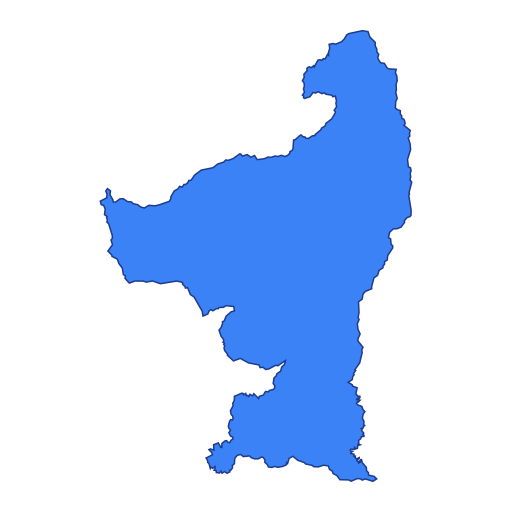 Pua, Nan, Thailand
{"feature_id": "78962969B90193228805954", "entity_name": "Pua", "entity_type": "district", "adm_level": 2, "iso_a3": "THA", "parent_name": "Thailand", "parent_adm1": "Nan", "projection": "natural_earth1", "projection_center": [100.983, 19.171], "detail": "fine", "context": "isolated", "style": "filled", "palette": "blue", "viewbox_px": 512, "rotation_deg": 0, "n_neighbors": 0, "source": "geoboundaries", "source_scale": "gbopen_adm2", "svg_char_len": 6065}
<svg xmlns="http://www.w3.org/2000/svg" viewBox="0 0 512 512"><path d="M396.2,69.3L388.8,68.9L387.1,67.9L384.3,63.3L381.2,62.9L379.5,61.5L377.7,57.8L378.7,54.4L376.9,51.9L376.8,49.1L375.2,45.8L375.2,42.3L369.9,37.1L368.0,31.6L362.3,30.7L348.8,33.6L346.7,34.9L344.2,39.1L341.5,41.8L335.4,44.2L333.1,43.5L329.1,44.3L329.7,48.3L328.4,52.7L328.6,55.3L327.5,54.4L325.2,58.9L323.4,58.6L321.7,60.4L320.2,59.7L317.9,60.2L314.2,67.0L313.7,65.7L311.2,67.7L309.4,66.8L307.5,67.6L306.8,68.8L307.2,70.5L303.9,74.3L304.2,77.4L302.4,80.7L304.1,83.1L304.3,86.0L303.5,89.1L304.5,92.2L302.4,95.1L303.7,96.1L303.6,97.8L304.5,98.5L310.0,96.7L313.0,92.5L315.8,93.0L318.0,91.7L322.1,93.7L324.1,92.7L325.9,94.2L331.9,95.2L332.7,96.7L335.4,96.1L336.4,100.7L335.9,103.5L336.6,106.7L334.2,110.4L335.4,111.8L335.3,112.8L331.7,118.9L325.9,123.4L325.1,126.0L321.5,128.1L320.9,129.8L315.3,134.4L315.0,135.6L312.3,135.9L308.4,138.4L305.7,138.2L305.1,137.0L302.7,136.7L301.6,135.1L300.4,135.1L295.2,139.7L293.6,140.0L293.0,148.7L291.9,150.7L290.0,151.5L289.8,153.3L287.6,155.4L284.8,156.5L281.3,155.3L278.0,156.5L275.1,156.0L271.2,157.3L268.0,157.1L264.1,158.8L257.1,159.6L254.6,155.5L251.0,157.2L247.2,154.6L242.3,156.1L240.7,154.0L239.6,153.9L233.3,158.5L228.5,160.3L225.7,160.0L223.7,162.1L217.7,164.0L213.0,167.7L201.2,170.1L194.4,175.3L191.1,180.3L188.8,180.5L187.9,182.5L185.6,184.5L183.9,184.5L182.3,187.1L179.6,186.3L177.9,188.9L174.2,191.0L170.9,196.7L170.9,198.5L169.4,201.3L159.1,204.9L155.0,205.8L148.9,205.3L144.3,208.0L140.4,206.9L137.8,204.7L133.2,203.7L131.3,201.9L127.5,201.6L123.3,198.7L119.9,198.9L115.4,202.2L113.3,202.0L112.8,199.6L110.0,194.8L110.5,190.9L107.4,188.6L105.8,191.1L107.1,194.4L106.6,197.9L100.3,201.1L101.2,204.6L103.7,205.5L105.2,209.1L104.5,214.7L107.2,216.5L106.5,217.9L107.4,219.5L106.9,222.1L108.6,223.7L112.2,235.1L112.4,238.3L111.0,240.0L112.5,244.7L107.9,251.1L111.8,255.1L112.0,256.4L117.3,259.1L118.9,263.6L122.3,268.1L123.4,274.7L125.4,275.8L125.0,278.3L129.3,283.1L135.2,281.0L143.4,281.1L146.1,282.1L152.7,281.0L160.4,283.7L176.4,281.1L181.0,281.9L182.6,282.6L182.6,284.2L184.9,286.4L185.4,288.1L187.6,287.7L190.4,294.6L194.0,296.9L202.2,311.2L203.0,316.1L207.8,314.0L209.3,310.7L210.8,309.6L212.9,310.8L216.7,308.5L218.3,308.7L219.2,307.4L223.1,307.4L226.1,305.7L233.7,306.5L234.5,310.8L231.0,311.9L226.2,316.1L224.1,321.0L222.4,321.7L222.6,323.3L221.0,327.7L219.0,330.1L221.1,336.3L223.5,339.4L223.7,341.8L223.0,342.2L224.4,343.3L223.7,344.5L224.8,345.7L224.0,347.8L224.7,350.6L227.4,354.0L227.4,355.3L233.5,360.9L240.3,358.4L248.5,362.9L258.9,364.9L260.1,367.6L263.0,367.3L265.7,369.5L268.9,368.9L275.8,365.2L277.8,365.8L285.4,360.6L284.5,364.5L281.7,367.0L280.6,371.2L277.0,373.6L276.1,376.0L273.9,378.1L273.2,383.7L274.6,385.2L274.7,387.9L273.6,389.4L269.4,390.4L268.5,391.8L265.5,391.5L263.2,395.2L259.3,396.3L258.6,398.5L253.8,393.7L252.6,395.9L249.9,394.3L248.7,396.4L247.6,395.4L246.4,395.7L245.7,393.4L243.6,394.8L243.0,393.4L241.7,393.2L234.4,396.3L234.3,400.4L232.8,403.2L233.0,406.0L230.4,410.7L231.2,414.6L232.7,416.1L233.1,418.6L232.4,420.0L230.7,419.7L229.6,421.1L228.3,426.3L229.0,428.5L230.5,430.0L228.8,432.7L230.7,436.2L232.7,437.1L233.1,438.8L231.0,440.3L229.6,442.7L227.4,441.9L226.7,440.6L225.0,440.9L221.9,443.4L221.8,447.5L220.8,447.3L218.3,442.9L213.6,444.7L213.9,450.1L210.4,448.9L208.9,449.6L211.7,452.6L212.4,454.8L206.1,458.0L207.6,460.4L207.7,462.4L208.9,463.4L210.3,468.5L211.0,467.1L212.7,468.3L215.0,466.6L215.1,468.6L214.0,470.2L216.2,470.7L216.3,472.5L219.5,473.0L221.0,471.1L222.0,473.2L224.7,471.6L227.0,473.3L229.9,471.8L229.7,470.2L230.9,470.1L232.5,467.9L232.4,465.4L234.4,463.8L234.8,458.3L237.3,455.3L240.7,454.5L243.3,456.6L249.5,455.9L251.2,457.6L254.7,458.9L258.4,458.8L261.6,457.0L263.3,457.5L265.0,460.0L264.8,462.3L267.3,464.6L268.4,467.0L271.8,467.4L274.9,466.4L277.4,467.3L282.5,466.5L286.1,465.0L286.8,462.6L287.6,463.5L289.1,458.3L292.9,456.3L297.8,460.3L304.2,462.5L305.7,464.0L312.0,465.3L313.8,466.7L318.3,466.9L323.5,465.2L328.3,465.9L329.5,469.4L332.5,471.3L333.0,473.5L336.9,475.5L339.9,479.7L348.6,479.9L351.1,481.2L357.2,478.6L360.4,478.8L362.2,480.1L365.3,478.9L372.9,481.3L376.7,478.9L374.2,476.4L368.5,475.1L368.4,472.6L366.6,470.8L366.3,467.3L362.3,462.7L361.5,459.6L360.6,459.6L360.4,461.9L358.9,462.9L359.2,461.1L357.8,461.8L356.7,460.2L359.2,458.5L359.2,457.6L356.8,458.9L355.0,457.5L355.3,456.1L354.0,456.2L354.0,454.2L350.8,453.5L351.0,452.5L352.7,451.3L350.8,451.1L350.2,450.4L350.8,449.2L354.7,449.2L354.6,447.6L355.8,448.8L357.4,448.3L357.8,445.5L360.2,444.8L358.2,444.0L358.8,443.2L358.6,440.4L360.7,438.8L361.4,436.6L363.9,436.4L364.0,435.3L362.9,434.6L363.8,433.2L361.6,430.5L362.1,429.2L361.4,428.5L362.9,428.2L363.7,426.1L364.7,425.6L363.7,424.5L364.0,421.6L362.4,418.0L363.2,414.1L364.9,411.6L362.9,409.5L361.9,406.4L358.0,405.0L356.5,403.5L357.3,401.8L358.3,402.1L360.1,400.2L356.7,399.6L357.4,398.3L359.2,398.5L360.0,397.4L359.8,396.2L358.2,396.4L355.8,393.8L357.2,387.8L352.7,386.2L352.3,384.8L348.1,382.3L352.3,379.6L352.7,376.6L354.1,374.8L353.5,373.5L355.7,370.5L354.9,369.7L359.7,362.9L362.2,352.4L361.7,350.2L363.0,347.3L357.9,340.9L358.0,338.7L360.1,334.0L358.0,329.3L357.3,323.8L359.1,319.5L358.1,317.5L359.0,312.6L358.5,301.8L362.2,299.1L362.9,294.4L365.3,291.4L371.7,288.8L371.6,286.6L374.0,277.8L377.5,275.4L379.2,270.2L382.9,267.9L383.1,266.0L384.5,264.3L384.6,261.6L387.2,260.1L387.7,255.5L392.7,248.0L392.7,245.8L391.1,244.2L390.6,238.8L388.4,237.5L389.7,232.2L393.4,228.8L396.7,228.8L401.1,227.1L404.5,222.5L404.4,220.6L407.2,217.5L410.0,216.6L411.0,215.3L411.1,210.1L408.7,195.2L409.5,194.3L409.0,192.6L411.7,182.2L410.0,179.7L410.7,176.7L410.2,173.2L411.1,170.9L410.5,167.8L408.4,166.8L407.5,159.4L410.6,149.6L410.1,143.9L408.2,137.8L409.8,136.2L409.5,133.1L410.3,130.5L404.0,125.3L405.1,123.8L404.7,121.1L403.9,119.3L401.7,118.3L401.7,115.9L400.3,114.0L400.3,110.6L397.2,109.6L395.4,108.0L395.7,101.6L397.2,98.4L395.7,92.0L396.4,90.2L396.1,84.2L397.2,80.7L396.8,76.0L395.4,72.7L396.2,69.3Z" fill="#3b82f6" stroke="#1e3a8a" stroke-width="1.5"/></svg>